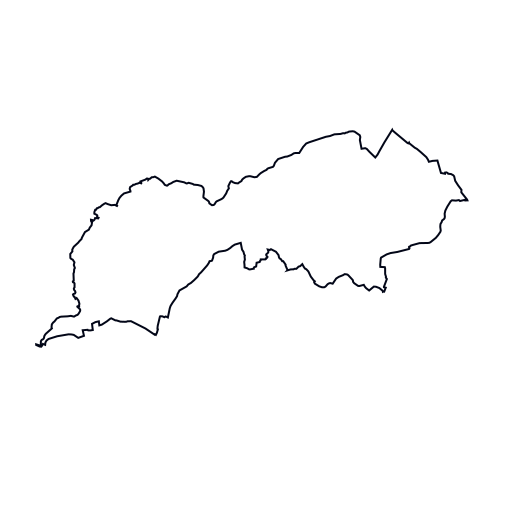 outline of Seica Mica, Sibiu, Romania, rotated 204°
{"feature_id": "2599482B41747805534423", "entity_name": "Seica Mica", "entity_type": "district", "adm_level": 2, "iso_a3": "ROU", "parent_name": "Romania", "parent_adm1": "Sibiu", "projection": "albers", "projection_center": [24.086, 46.046], "detail": "fine", "context": "isolated", "style": "outline", "palette": "ink", "viewbox_px": 512, "rotation_deg": 204, "n_neighbors": 0, "source": "geoboundaries", "source_scale": "gbopen_adm2", "svg_char_len": 6125}
<svg xmlns="http://www.w3.org/2000/svg" viewBox="0 0 512 512"><g transform="rotate(204 256 256)"><path d="M258.4,367.7L261.8,366.2L263.3,365.1L264.8,362.7L267.9,359.6L269.8,358.5L275.2,353.6L276.6,348.9L276.4,345.6L276.8,344.3L280.4,341.2L281.1,340.3L281.4,339.0L283.1,337.0L285.4,333.6L286.2,331.9L287.4,328.6L289.5,327.3L293.5,326.6L294.8,326.1L297.5,324.2L299.0,321.8L299.7,320.2L299.8,318.5L301.2,316.5L302.0,315.0L304.8,314.1L307.1,314.0L308.6,314.4L309.2,314.2L309.6,312.7L309.7,308.6L308.3,306.7L308.8,304.0L308.7,301.0L309.5,296.2L310.0,295.0L310.9,293.7L314.2,289.9L314.6,288.9L314.9,286.5L315.4,285.4L316.9,284.5L319.4,285.0L320.0,285.1L320.7,286.1L321.7,286.8L327.8,288.1L328.4,289.3L329.7,293.6L331.5,296.5L332.6,297.2L334.3,297.8L338.0,297.2L341.8,295.9L343.1,296.1L347.3,295.5L348.6,294.2L349.1,294.0L351.6,294.1L359.1,292.5L361.7,290.0L363.0,288.0L364.9,286.0L365.6,284.3L366.1,284.0L368.3,283.9L369.7,284.8L372.1,285.9L376.7,287.0L380.7,287.4L381.8,286.3L383.3,285.5L384.2,283.5L385.3,282.9L385.2,282.3L385.4,281.7L386.0,282.6L387.1,282.5L388.2,280.7L391.7,277.3L390.4,276.0L390.4,275.7L391.3,275.6L391.9,276.4L392.5,275.2L393.6,274.0L395.0,273.0L396.0,271.7L397.2,271.1L397.3,270.4L399.0,267.8L398.8,266.3L398.5,265.7L397.2,264.4L396.9,263.8L402.0,259.5L403.5,256.4L404.3,253.6L404.5,251.0L404.3,246.3L404.0,245.7L402.5,245.1L405.7,245.3L408.9,243.5L412.7,243.1L414.9,243.1L415.8,242.1L417.3,239.7L418.5,237.1L419.4,236.5L420.1,235.3L420.8,234.9L420.9,234.4L420.9,233.3L421.7,232.8L421.5,230.3L420.9,228.9L418.3,228.8L417.5,228.5L417.0,226.8L415.4,226.9L415.4,226.2L418.4,225.2L418.3,223.6L418.6,222.7L419.0,222.1L420.0,222.3L421.5,222.0L421.1,221.2L420.5,220.4L419.5,220.2L418.7,217.1L419.4,214.4L419.4,212.1L422.0,208.3L422.5,201.9L422.3,200.6L423.6,197.1L423.7,196.2L426.2,190.4L426.4,188.4L426.4,186.9L425.6,185.5L426.5,182.3L424.8,178.7L423.7,178.2L421.9,178.1L419.3,176.4L418.8,173.7L416.6,171.4L416.7,169.9L415.7,167.2L415.6,165.7L412.5,159.4L413.0,158.3L412.8,157.9L412.5,157.6L411.3,157.6L410.6,157.1L409.0,153.5L409.2,152.5L409.1,152.0L408.4,151.1L406.9,150.3L406.1,149.3L406.1,148.2L407.4,146.9L407.5,146.3L405.9,144.8L405.2,144.9L403.5,143.4L402.8,144.6L400.1,143.1L398.1,140.8L397.8,140.3L397.7,139.3L397.1,138.1L398.6,137.5L398.6,137.0L395.0,135.7L394.5,134.9L394.3,134.0L394.6,131.2L395.1,129.6L396.2,128.6L397.6,126.6L400.8,126.0L403.5,124.3L409.2,121.4L410.6,120.4L411.3,119.2L412.3,118.3L412.6,117.7L413.5,114.2L414.3,112.6L414.7,110.5L413.8,107.7L413.0,106.9L416.4,99.4L416.7,98.0L416.8,96.7L416.4,95.0L416.4,94.1L416.7,93.3L417.6,92.3L417.8,91.4L417.8,90.5L416.4,87.2L416.6,86.7L417.3,86.3L420.9,85.9L420.6,85.3L416.8,85.3L415.3,85.8L415.0,87.1L414.9,89.0L412.5,89.1L413.2,91.3L413.0,93.5L411.8,95.8L405.0,101.8L395.4,108.2L392.6,109.3L390.4,109.8L385.1,108.9L380.7,113.1L384.1,117.7L379.8,120.1L379.3,119.8L378.7,119.9L376.8,120.8L375.0,122.0L378.2,127.3L375.8,130.3L373.0,132.4L370.9,128.9L369.0,130.5L365.6,135.7L363.7,139.3L362.9,140.2L358.3,140.0L357.3,140.4L353.1,140.9L348.7,142.7L347.6,143.3L346.7,144.2L343.6,145.6L327.5,144.8L316.6,142.9L316.5,143.4L315.4,143.2L315.3,145.4L315.8,149.1L316.2,149.1L316.6,149.8L317.4,152.3L319.1,161.4L319.0,162.0L318.8,162.1L316.9,162.8L314.8,162.8L314.1,163.9L312.8,164.1L311.5,164.0L313.5,173.1L313.7,175.0L313.7,176.0L313.2,179.6L312.2,184.4L311.8,187.2L312.2,189.1L311.9,193.4L307.0,200.0L306.3,202.4L304.5,204.9L302.7,208.8L301.0,213.2L300.7,214.7L300.7,216.0L299.5,218.8L296.8,227.5L296.3,230.4L296.3,232.4L295.1,233.1L294.3,233.9L294.5,237.0L295.2,239.1L295.1,240.4L294.9,240.9L291.8,244.8L286.3,248.3L284.6,250.0L282.8,252.8L281.6,255.4L280.0,257.8L275.3,261.8L271.3,256.1L269.2,254.8L267.5,252.7L266.4,251.9L266.2,250.8L264.7,248.2L264.4,245.8L262.9,243.2L261.8,240.9L259.1,241.2L256.8,241.0L255.9,241.4L252.9,243.5L253.2,243.9L253.1,245.0L251.6,246.5L252.7,250.1L250.2,252.0L250.3,253.2L250.0,253.8L250.3,254.8L246.1,256.7L245.7,257.4L246.0,257.9L245.2,258.8L245.1,259.8L246.7,260.6L247.2,261.3L247.3,261.7L246.4,263.7L246.3,264.5L246.7,265.4L247.9,266.7L245.8,267.1L245.4,267.9L245.1,268.3L239.5,268.0L235.8,266.0L234.5,264.2L233.5,263.4L231.9,263.2L229.9,261.9L229.0,262.3L225.5,260.2L225.5,259.9L224.9,259.1L221.4,255.9L221.5,255.6L218.8,257.9L216.3,259.1L215.7,259.9L213.9,260.7L212.8,263.6L211.5,264.7L210.4,267.4L208.1,265.6L206.1,264.4L204.7,264.4L201.9,263.2L197.6,259.5L193.6,257.3L192.0,256.8L192.3,255.8L191.0,254.7L185.9,254.0L182.9,254.3L180.8,255.3L180.0,256.5L179.1,259.4L178.0,260.9L177.1,261.5L174.7,261.9L173.6,268.0L171.9,270.6L168.8,273.8L167.6,275.5L165.6,276.1L164.8,276.2L163.7,275.9L158.3,273.6L157.6,273.2L156.8,271.9L155.3,271.1L150.6,270.2L149.4,270.6L145.8,273.5L144.2,272.3L142.3,271.4L138.6,270.5L135.9,276.0L133.9,276.7L130.3,276.9L126.7,275.9L126.0,275.6L125.5,274.9L125.0,275.5L124.4,275.6L124.6,279.8L126.4,279.5L126.6,279.8L127.1,288.2L128.6,289.1L128.8,289.9L130.7,292.1L133.0,297.2L133.8,298.2L138.0,296.6L139.0,298.6L141.0,304.4L141.1,305.4L137.3,310.6L134.3,313.4L128.5,317.2L119.0,324.7L118.9,325.3L119.9,326.4L119.9,326.7L119.1,327.5L118.8,328.5L117.2,329.9L111.8,334.3L104.3,337.8L103.1,338.5L102.2,339.6L99.1,345.7L98.1,349.2L97.4,353.1L97.6,354.4L99.5,357.5L100.2,359.3L100.5,360.5L100.2,362.2L100.4,364.2L99.3,366.2L99.1,367.2L99.4,368.6L100.9,371.4L101.5,374.5L101.3,379.0L100.4,385.2L99.6,386.6L95.9,387.9L93.4,389.6L92.0,389.2L87.6,392.6L87.3,391.9L85.5,392.8L86.1,393.4L94.2,397.6L94.4,397.8L95.2,400.0L100.2,402.8L104.6,405.7L107.4,409.4L108.6,410.0L111.2,410.2L113.9,409.3L114.8,409.8L116.1,409.8L117.2,409.1L116.8,408.0L120.8,407.1L129.1,417.0L133.4,414.7L136.4,412.4L138.0,413.9L140.6,415.6L147.7,417.9L152.6,419.3L155.0,419.5L161.8,421.3L162.3,421.8L162.5,420.9L163.4,420.8L179.6,425.4L182.5,426.3L182.9,426.7L184.9,412.2L185.9,402.1L186.2,398.0L187.1,394.5L195.0,397.4L198.4,398.9L200.1,398.9L203.2,396.9L208.3,404.2L209.1,407.1L210.3,408.5L216.6,409.7L218.4,409.3L221.6,407.5L222.8,406.0L224.3,405.0L224.8,404.1L226.4,403.6L228.4,401.9L233.9,399.0L237.2,395.7L240.7,393.3L253.6,381.6L255.9,379.2L257.3,374.9L258.4,367.7Z" fill="none" stroke="#020617" stroke-width="2"/></g></svg>